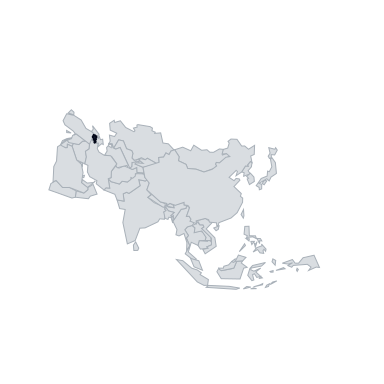 where Armenia sits in Asia, rotated 38°
{"feature_id": "ARM", "entity_name": "Armenia", "entity_type": "country or territory", "adm_level": 0, "iso_a3": "ARM", "parent_name": "Asia", "parent_adm1": "", "projection": "albers", "projection_center": [45.222, 40.08], "detail": "fine", "context": "in_parent", "style": "filled", "palette": "ink", "viewbox_px": 384, "rotation_deg": 38, "n_neighbors": 45, "source": "natural_earth", "source_scale": "50m", "svg_char_len": 13989}
<svg xmlns="http://www.w3.org/2000/svg" viewBox="0 0 384 384"><g transform="rotate(38 192 192)"><path d="M151.8,169.9L150.2,172.8L150.9,176.6L147.4,177.3L148.1,182.0L144.5,185.3L147.8,188.8L147.5,191.2L136.0,192.9L135.4,195.3L131.0,196.1L127.7,202.5L123.8,202.2L121.6,197.9L119.0,196.5L113.8,198.2L106.5,194.0L102.1,196.1L103.3,205.5L99.4,203.3L96.6,205.0L96.3,202.4L91.9,198.0L96.8,196.0L96.5,192.0L89.5,193.6L84.8,188.6L86.5,183.4L88.3,184.8L91.7,180.0L100.0,182.0L109.2,180.2L109.4,178.9L106.5,177.7L108.8,174.7L107.4,173.2L107.9,172.2L118.7,166.3L121.5,166.0L122.7,168.4L126.2,167.5L126.5,168.8L130.9,164.7L138.9,171.3L143.7,168.6L151.8,169.9Z" fill="#d9dde1" stroke="#a8b0b8" stroke-width="1"/><path d="M103.3,205.5L102.1,196.1L106.5,194.0L113.8,198.2L119.0,196.5L121.6,197.9L123.8,202.2L127.0,202.7L130.9,197.3L130.5,199.4L135.9,199.5L134.0,202.1L131.8,202.5L131.4,200.7L129.0,202.0L128.3,205.3L126.7,205.6L129.0,208.8L128.5,211.6L107.9,201.2L105.5,205.2L103.3,205.5Z" fill="#d9dde1" stroke="#a8b0b8" stroke-width="1"/><path d="M327.1,166.7L338.9,173.0L336.1,174.7L332.2,182.0L332.0,177.9L327.4,178.0L317.0,187.5L316.9,189.9L312.9,191.0L314.8,185.8L312.2,189.6L307.0,192.5L312.7,183.4L317.0,184.6L319.8,182.5L320.0,175.4L327.1,166.7ZM309.6,216.5L310.4,219.4L308.6,222.0L308.2,219.5L309.6,216.5ZM323.8,189.8L322.4,189.2L321.8,187.4L323.5,187.6L323.8,189.8ZM274.3,215.0L274.6,217.6L281.8,217.4L279.6,220.2L283.4,231.0L268.4,242.3L260.7,239.5L260.0,235.5L263.7,235.8L270.4,228.2L271.8,226.2L269.9,219.1L274.3,215.0ZM306.4,202.1L310.7,195.2L312.6,195.2L306.4,202.1ZM305.2,205.2L303.5,206.7L302.4,206.6L304.3,204.0L305.2,205.2ZM296.9,194.9L300.1,194.4L302.6,198.5L298.0,197.7L296.9,194.9ZM285.0,212.6L293.3,202.3L292.3,207.6L285.3,215.7L286.3,217.1L289.5,216.3L293.0,209.6L291.5,215.7L300.3,216.4L298.3,218.6L298.0,216.3L295.7,219.4L291.5,218.0L290.6,219.9L294.9,223.2L293.8,225.0L287.2,223.3L284.7,216.6L285.0,212.6ZM302.4,228.4L297.8,232.2L299.6,229.7L302.4,228.4ZM298.8,228.9L302.8,223.3L304.1,220.6L304.7,221.7L298.8,228.9ZM293.3,232.8L296.9,230.7L292.1,236.8L293.3,232.8ZM262.4,255.5L279.6,243.3L288.8,238.3L286.7,241.5L261.9,258.4L262.4,255.5ZM249.2,252.1L258.8,250.9L261.7,255.9L259.0,258.2L251.5,259.6L221.3,254.8L227.0,251.8L238.7,252.2L244.1,250.2L249.1,249.9L249.2,252.1Z" fill="#d9dde1" stroke="#a8b0b8" stroke-width="1"/><path d="M310.6,216.8L310.9,213.4L313.6,209.8L310.6,216.8Z" fill="#d9dde1" stroke="#a8b0b8" stroke-width="1"/><path d="M62.3,226.3L60.1,229.7L59.3,235.7L58.3,231.2L60.7,226.7L62.3,226.3Z" fill="#d9dde1" stroke="#a8b0b8" stroke-width="1"/><path d="M64.2,224.2L60.8,226.6L64.0,223.1L64.2,224.2Z" fill="#d9dde1" stroke="#a8b0b8" stroke-width="1"/><path d="M61.5,228.5L59.8,231.0L60.7,228.1L61.5,228.5Z" fill="#d9dde1" stroke="#a8b0b8" stroke-width="1"/><path d="M61.5,228.5L68.7,226.6L69.4,229.8L64.4,231.1L66.4,233.8L61.8,236.7L59.3,235.7L61.5,228.5Z" fill="#d9dde1" stroke="#a8b0b8" stroke-width="1"/><path d="M98.0,249.7L103.9,249.5L108.8,244.9L106.7,253.2L99.2,252.7L98.0,249.7Z" fill="#d9dde1" stroke="#a8b0b8" stroke-width="1"/><path d="M96.0,248.5L95.8,246.7L97.0,245.1L97.9,247.3L96.0,248.5Z" fill="#d9dde1" stroke="#a8b0b8" stroke-width="1"/><path d="M87.3,235.5L89.9,239.3L85.7,238.0L87.3,235.5Z" fill="#d9dde1" stroke="#a8b0b8" stroke-width="1"/><path d="M69.4,229.8L68.7,226.6L73.6,224.3L74.5,219.3L77.6,216.8L81.7,217.4L84.4,221.3L83.0,225.6L87.2,229.4L90.2,235.8L81.4,237.8L69.4,229.8Z" fill="#d9dde1" stroke="#a8b0b8" stroke-width="1"/><path d="M107.2,252.7L109.4,246.9L118.5,252.1L114.4,257.9L114.5,261.1L103.3,267.9L100.0,262.5L107.4,259.4L108.5,254.3L107.2,252.7ZM109.1,243.4L108.2,244.1L108.8,243.2L109.1,243.4Z" fill="#d9dde1" stroke="#a8b0b8" stroke-width="1"/><path d="M229.6,230.4L227.6,225.9L234.6,221.4L234.5,219.4L238.4,219.4L239.9,221.7L237.5,226.1L239.3,226.4L233.8,231.8L229.6,230.4Z" fill="#d9dde1" stroke="#a8b0b8" stroke-width="1"/><path d="M232.2,222.1L227.6,225.9L229.6,230.4L222.4,232.1L226.0,241.5L236.8,242.2L235.2,244.9L224.7,244.9L223.3,235.8L215.9,231.7L216.0,228.5L209.6,226.2L209.8,222.4L212.7,218.3L216.4,218.4L218.8,222.6L222.1,217.7L226.5,217.0L231.1,219.1L232.2,222.1Z" fill="#d9dde1" stroke="#a8b0b8" stroke-width="1"/><path d="M236.9,218.6L232.2,222.1L231.1,219.1L223.7,216.7L218.8,222.6L216.4,218.4L212.7,218.3L215.0,214.3L213.0,212.2L218.4,213.0L220.9,211.1L223.0,212.2L222.1,214.8L234.1,215.5L236.9,218.6Z" fill="#d9dde1" stroke="#a8b0b8" stroke-width="1"/><path d="M212.7,218.3L209.8,222.4L209.6,226.2L216.0,228.5L215.9,231.7L223.3,235.8L223.6,241.2L219.2,235.1L211.2,229.6L208.8,234.6L205.7,235.6L203.3,230.9L194.8,226.7L194.1,212.3L197.3,208.7L196.1,206.0L199.7,205.8L202.7,214.7L204.6,212.9L207.9,214.0L208.5,216.1L212.7,213.9L212.7,218.3Z" fill="#d9dde1" stroke="#a8b0b8" stroke-width="1"/><path d="M235.9,230.6L239.3,226.4L237.5,226.1L239.9,221.7L235.7,216.4L222.1,214.8L223.0,212.2L220.9,211.1L218.4,213.0L213.9,211.2L218.7,204.7L226.7,203.8L225.9,212.4L238.2,214.0L244.5,219.9L240.4,232.6L235.9,230.6Z" fill="#d9dde1" stroke="#a8b0b8" stroke-width="1"/><path d="M221.2,131.9L223.3,135.6L223.1,140.7L226.8,141.8L223.0,147.8L221.2,144.7L218.8,145.6L218.5,143.3L218.1,138.6L220.4,137.1L219.1,136.5L219.2,132.0L221.2,131.9Z" fill="#d9dde1" stroke="#a8b0b8" stroke-width="1"/><path d="M225.5,146.1L226.4,141.2L231.6,142.1L234.6,145.3L232.7,150.8L227.5,147.8L228.1,146.3L225.5,146.1Z" fill="#d9dde1" stroke="#a8b0b8" stroke-width="1"/><path d="M152.3,169.4L157.1,162.4L165.6,160.3L164.6,154.0L173.9,153.2L177.8,149.5L181.5,149.7L184.5,147.5L187.1,141.2L190.5,139.1L193.3,144.0L195.5,140.5L199.4,140.1L195.7,152.2L193.0,153.7L193.5,155.5L195.4,156.3L194.9,159.7L189.1,168.9L181.2,171.5L174.1,176.1L170.3,173.9L162.1,175.7L160.1,172.1L152.3,169.4Z" fill="#d9dde1" stroke="#a8b0b8" stroke-width="1"/><path d="M196.1,206.0L197.3,208.7L194.1,212.3L194.9,225.0L191.8,222.3L191.6,224.2L189.8,223.8L190.5,219.1L185.1,221.4L180.8,220.3L180.9,222.2L183.0,222.6L182.1,225.2L183.7,225.1L187.1,230.4L183.1,233.0L183.5,236.5L177.1,249.2L173.2,252.6L177.1,265.2L173.0,272.7L156.3,258.6L150.1,246.9L145.2,249.6L137.9,244.4L144.1,241.0L138.9,235.8L140.6,232.5L143.2,231.9L147.2,219.0L142.4,215.1L148.4,212.1L149.6,209.3L152.8,211.3L155.1,218.1L161.3,219.2L160.5,223.4L168.7,223.7L179.8,220.9L179.2,216.5L180.6,218.6L182.9,218.4L187.5,215.5L185.6,213.9L192.1,205.0L193.8,207.0L196.1,206.0Z" fill="#d9dde1" stroke="#a8b0b8" stroke-width="1"/><path d="M191.8,222.3L195.9,228.3L191.3,225.1L189.3,226.1L189.9,228.4L187.0,229.4L182.1,225.2L183.0,222.6L180.9,222.2L180.8,220.3L185.1,221.4L190.5,219.1L189.8,223.8L191.6,224.2L191.8,222.3Z" fill="#d9dde1" stroke="#a8b0b8" stroke-width="1"/><path d="M185.6,213.9L187.5,215.5L180.6,218.6L181.6,214.6L185.6,213.9Z" fill="#d9dde1" stroke="#a8b0b8" stroke-width="1"/><path d="M178.2,217.6L179.8,220.9L178.1,221.9L160.5,223.4L161.9,218.3L173.1,219.3L178.2,217.6Z" fill="#d9dde1" stroke="#a8b0b8" stroke-width="1"/><path d="M149.6,209.3L148.4,212.1L142.4,215.1L147.2,219.0L143.2,231.9L140.6,232.5L138.9,235.8L144.1,241.0L137.9,244.4L132.6,241.3L121.4,244.6L121.7,241.6L124.8,239.6L117.8,233.1L121.8,233.7L129.9,230.4L130.3,226.6L135.0,223.8L136.9,210.9L142.9,207.3L146.0,209.6L149.6,209.3Z" fill="#d9dde1" stroke="#a8b0b8" stroke-width="1"/><path d="M122.4,213.2L131.2,210.9L133.4,206.7L136.7,210.4L138.9,207.7L142.9,207.3L136.1,212.4L137.5,214.4L136.8,217.7L134.9,218.2L136.1,219.6L135.0,223.8L130.3,226.6L129.9,230.4L121.8,233.7L117.8,233.1L119.4,230.5L115.7,225.3L115.9,218.3L119.7,218.2L122.4,213.2Z" fill="#d9dde1" stroke="#a8b0b8" stroke-width="1"/><path d="M128.5,211.6L129.0,208.8L126.7,205.6L131.4,200.7L132.5,202.2L130.1,204.9L138.2,202.7L142.3,206.7L136.7,210.4L133.4,206.7L131.2,210.9L128.5,211.6Z" fill="#d9dde1" stroke="#a8b0b8" stroke-width="1"/><path d="M130.9,197.3L135.4,195.3L136.0,192.9L147.5,191.2L138.2,202.7L130.1,204.9L129.9,203.4L135.9,199.5L130.5,199.4L130.9,197.3Z" fill="#d9dde1" stroke="#a8b0b8" stroke-width="1"/><path d="M96.6,205.0L99.4,203.3L102.4,205.8L105.5,205.2L107.9,201.2L125.4,210.2L125.8,211.7L124.1,211.4L118.2,218.9L115.9,218.3L115.4,216.2L107.1,213.6L100.4,216.5L99.9,212.0L97.3,209.5L97.5,207.3L101.1,206.7L98.8,203.9L97.3,206.6L96.6,205.0Z" fill="#d9dde1" stroke="#a8b0b8" stroke-width="1"/><path d="M90.2,235.8L87.2,229.4L83.0,225.6L84.4,221.3L80.6,215.4L80.4,211.6L84.5,213.4L88.2,211.1L90.7,216.2L94.2,217.8L100.3,217.1L105.6,213.5L115.4,216.2L115.7,225.3L119.4,230.5L117.8,233.1L124.8,239.6L121.7,241.6L121.4,244.6L111.5,244.5L110.1,241.6L102.0,242.9L97.2,240.6L93.6,235.1L90.2,235.8Z" fill="#d9dde1" stroke="#a8b0b8" stroke-width="1"/><path d="M61.9,227.8L64.2,224.2L63.1,220.9L65.1,217.5L76.7,217.2L74.5,219.3L73.6,224.3L64.3,229.0L61.9,227.8Z" fill="#d9dde1" stroke="#a8b0b8" stroke-width="1"/><path d="M81.7,217.4L65.1,217.5L63.7,219.9L63.9,217.8L61.0,217.1L50.5,217.3L46.5,215.2L45.1,207.5L51.9,204.3L60.3,203.5L69.3,207.2L77.6,206.0L81.8,210.9L80.4,211.6L81.7,217.4ZM46.3,201.5L49.9,201.8L51.4,204.0L45.8,205.9L46.3,201.5Z" fill="#d9dde1" stroke="#a8b0b8" stroke-width="1"/><path d="M184.6,269.0L185.2,271.4L182.2,273.9L178.5,269.9L178.3,266.0L184.6,269.0Z" fill="#d9dde1" stroke="#a8b0b8" stroke-width="1"/><path d="M234.8,207.7L231.3,207.0L234.2,202.0L235.7,205.3L234.8,207.7ZM138.2,202.7L147.8,188.8L144.5,185.3L148.1,182.0L147.4,177.3L150.9,176.6L150.2,172.8L152.3,169.4L160.1,172.1L162.1,175.7L170.3,173.9L174.1,176.1L181.2,171.5L189.1,168.9L193.9,161.8L195.4,156.3L193.5,155.5L193.0,153.7L195.7,152.2L197.3,143.8L200.0,140.8L195.5,140.5L192.3,143.6L190.5,139.1L193.1,135.4L191.2,130.6L189.2,129.9L190.1,126.3L195.0,122.8L202.8,125.2L205.2,123.3L210.2,123.5L212.6,116.7L217.9,124.1L216.1,127.5L221.2,131.9L219.2,132.0L219.1,136.5L220.4,137.1L218.1,138.6L218.8,145.6L216.7,152.1L215.2,147.9L213.5,147.8L212.2,157.6L218.2,157.2L218.4,154.2L221.2,152.6L222.5,153.2L221.7,161.9L231.8,162.9L232.8,165.6L235.7,165.6L238.2,169.0L240.3,180.5L238.8,188.4L232.1,199.6L233.2,202.1L232.2,203.2L230.3,201.2L224.3,205.0L222.2,203.6L218.7,204.7L213.0,212.2L215.0,214.3L208.5,216.1L207.9,214.0L204.6,212.9L202.7,214.7L199.7,205.8L197.1,205.1L193.8,207.0L192.1,205.0L187.1,212.7L181.6,214.6L180.3,218.2L179.2,216.5L173.1,219.3L155.1,218.1L152.8,211.3L146.0,209.6L138.2,202.7Z" fill="#d9dde1" stroke="#a8b0b8" stroke-width="1"/><path d="M243.4,174.1L247.6,178.8L248.5,181.0L244.5,179.5L243.4,174.1Z" fill="#d9dde1" stroke="#a8b0b8" stroke-width="1"/><path d="M84.9,205.4L87.6,207.1L89.1,205.4L92.8,209.2L91.1,209.5L90.0,214.3L88.2,211.1L85.2,213.3L83.4,210.4L82.1,206.9L85.1,207.4L84.9,205.4ZM84.5,213.4L83.1,213.1L81.8,210.9L83.6,211.5L84.5,213.4Z" fill="#d9dde1" stroke="#a8b0b8" stroke-width="1"/><path d="M72.8,201.0L83.1,203.7L85.3,207.1L75.5,206.1L75.5,203.2L72.8,201.0Z" fill="#d9dde1" stroke="#a8b0b8" stroke-width="1"/><path d="M267.1,195.5L263.1,195.4L266.0,193.6L267.1,195.5ZM275.9,196.6L272.5,193.9L274.3,194.0L273.8,191.0L275.9,196.6ZM278.8,190.2L285.5,191.4L286.5,193.4L284.0,192.8L284.1,194.6L286.3,196.2L283.1,198.1L279.1,197.0L277.1,201.7L277.3,196.0L280.3,191.2L278.8,190.2ZM267.1,201.3L266.0,209.9L265.3,200.4L267.1,201.3ZM258.0,183.9L264.1,191.2L269.0,187.5L271.5,189.1L267.6,189.9L263.0,194.2L262.5,192.4L259.0,193.2L254.8,186.6L258.0,183.9ZM271.5,196.6L268.8,194.7L271.5,192.5L271.5,196.6ZM274.6,186.6L277.1,187.6L275.3,188.9L277.1,191.0L271.7,188.6L274.6,186.6Z" fill="#d9dde1" stroke="#a8b0b8" stroke-width="1"/><path d="M231.7,245.2L239.7,242.0L248.4,247.2L239.7,249.7L231.7,245.2ZM274.3,215.0L269.9,219.1L271.8,226.2L263.7,235.8L261.4,236.2L260.0,235.5L263.6,232.7L262.8,230.9L265.7,226.9L266.1,222.2L268.8,220.1L267.4,213.1L274.8,210.3L274.3,215.0Z" fill="#d9dde1" stroke="#a8b0b8" stroke-width="1"/><path d="M267.2,218.1L268.8,220.1L267.9,222.1L266.1,222.2L267.2,218.1Z" fill="#d9dde1" stroke="#a8b0b8" stroke-width="1"/><path d="M239.6,117.5L247.1,125.4L245.1,131.6L246.0,135.8L242.8,135.5L239.5,143.8L242.3,143.1L245.0,146.7L243.7,148.8L242.1,147.1L238.7,147.5L238.2,138.7L241.4,133.2L238.7,129.0L240.4,128.4L239.4,123.0L233.6,117.8L234.1,115.8L239.6,117.5ZM231.0,107.3L230.6,105.6L233.4,106.5L234.3,111.9L231.4,113.8L233.4,116.0L232.4,117.9L230.0,116.9L229.6,113.3L225.2,109.8L231.0,107.3ZM242.0,142.0L241.9,138.0L244.1,137.2L244.4,141.9L242.0,142.0Z" fill="#d9dde1" stroke="#a8b0b8" stroke-width="1"/><path d="M100.0,262.5L103.3,267.9L101.1,270.7L77.9,278.4L75.6,272.2L77.8,266.6L87.3,268.1L92.6,263.9L100.0,262.5Z" fill="#d9dde1" stroke="#a8b0b8" stroke-width="1"/><path d="M59.3,236.0L65.2,235.0L66.4,233.8L64.4,231.1L69.4,229.8L81.4,237.8L87.7,238.2L94.2,243.8L99.2,252.7L107.2,252.7L108.5,254.3L107.4,259.4L92.6,263.9L87.3,268.1L77.8,266.6L76.2,269.5L67.4,257.0L66.2,251.0L58.2,239.2L59.3,236.0Z" fill="#d9dde1" stroke="#a8b0b8" stroke-width="1"/><path d="M60.4,219.9L56.7,222.3L55.3,220.7L60.4,219.9Z" fill="#d9dde1" stroke="#a8b0b8" stroke-width="1"/><path d="M81.7,210.9L81.3,210.4L81.0,210.2L80.8,210.0L80.6,210.1L80.2,210.1L79.8,210.0L79.6,209.8L79.6,209.7L79.4,209.2L79.5,209.1L79.4,209.0L79.4,208.9L79.6,208.7L79.7,208.3L79.6,208.1L79.5,207.7L79.4,207.6L79.2,207.4L79.3,207.3L79.6,207.3L79.8,207.2L80.1,207.2L80.4,207.1L80.5,207.0L81.2,207.1L81.3,207.0L81.9,207.0L81.8,206.9L82.1,206.9L82.2,207.0L82.3,207.1L82.5,207.1L82.5,207.3L82.3,207.3L82.7,207.6L82.9,207.6L83.0,207.6L83.2,207.8L83.3,208.0L83.0,208.3L82.9,208.4L82.9,208.5L83.1,208.8L83.3,209.1L83.6,209.3L84.1,209.5L84.0,209.9L83.9,210.0L83.4,210.1L83.5,210.3L83.7,210.5L83.9,210.6L84.0,210.7L84.2,210.9L84.3,211.0L84.6,211.2L84.8,211.1L85.1,211.3L85.1,211.5L84.9,211.6L85.0,211.8L85.3,212.1L85.1,212.2L85.0,212.3L85.1,212.5L85.1,213.0L84.8,212.9L84.5,213.1L84.4,213.0L84.3,212.8L84.3,212.7L84.1,212.3L84.1,212.1L83.8,211.8L83.7,211.8L83.7,211.7L83.7,211.3L83.4,211.3L83.1,211.5L82.9,211.4L82.7,211.3L82.7,211.2L82.5,211.3L82.5,211.2L82.4,210.9L82.2,210.8L81.9,210.9L81.7,210.9ZM82.2,207.5L82.2,207.4L82.1,207.5L82.2,207.5ZM83.3,208.6L83.2,208.6L83.2,208.4L83.3,208.5L83.3,208.6Z" fill="#0f172a" stroke="#020617" stroke-width="1.5"/></g></svg>